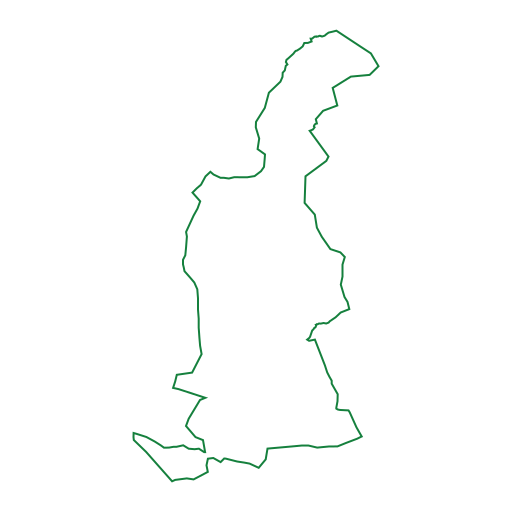 outline of Shelleng, Adamawa, Nigeria
{"feature_id": "59680162B98903295811344", "entity_name": "Shelleng", "entity_type": "district", "adm_level": 2, "iso_a3": "NGA", "parent_name": "Nigeria", "parent_adm1": "Adamawa", "projection": "albers", "projection_center": [12.115, 9.939], "detail": "fine", "context": "isolated", "style": "outline", "palette": "green", "viewbox_px": 512, "rotation_deg": 0, "n_neighbors": 0, "source": "geoboundaries", "source_scale": "gbopen_adm2", "svg_char_len": 2823}
<svg xmlns="http://www.w3.org/2000/svg" viewBox="0 0 512 512"><path d="M244.3,462.6L249.6,463.6L258.7,467.8L265.7,459.4L267.5,448.6L285.7,447.0L294.7,446.2L302.2,445.5L308.3,445.5L317.2,447.6L328.7,446.5L337.5,446.4L345.9,443.0L357.2,438.7L360.6,437.0L361.7,436.5L356.5,427.4L349.7,412.3L348.5,410.4L340.8,410.0L339.6,409.9L337.8,409.5L337.1,409.1L336.3,408.6L336.3,407.8L337.5,401.3L337.7,394.2L331.7,383.7L331.7,380.7L329.5,376.9L327.2,372.4L325.6,367.5L325.0,365.6L314.9,339.6L309.1,340.8L307.2,339.6L309.3,337.9L310.1,336.7L312.2,330.5L313.4,329.4L314.1,328.2L314.6,327.7L315.1,327.6L315.4,327.3L315.7,326.8L315.8,326.7L316.1,325.2L315.9,324.8L316.7,324.6L316.9,324.2L317.5,324.3L319.0,323.5L320.8,323.6L323.6,323.0L326.2,323.5L328.6,322.6L329.7,321.3L335.6,317.3L340.7,312.5L349.3,309.1L347.5,301.9L344.5,297.0L340.8,284.6L340.9,284.2L342.5,276.6L342.5,264.6L344.8,257.0L340.4,252.4L330.4,249.1L321.8,236.8L316.9,227.7L314.8,214.6L304.6,202.9L305.5,176.3L326.3,160.9L328.5,156.6L309.7,130.8L311.6,130.1L313.0,129.4L314.6,127.3L313.9,126.3L314.2,125.3L315.4,123.9L316.9,123.5L315.8,119.2L323.1,110.8L337.3,105.5L332.7,87.9L350.9,76.6L369.6,74.9L372.5,72.1L378.5,66.2L370.9,53.4L360.2,46.4L336.4,30.7L332.5,31.7L328.6,32.6L326.1,34.4L325.2,35.3L324.1,35.9L323.4,36.1L322.5,36.4L322.0,36.5L321.7,36.3L321.3,36.3L321.2,36.3L320.7,35.9L320.3,36.0L319.9,35.9L319.6,35.8L319.2,35.9L318.0,36.5L317.0,36.5L316.6,36.4L316.1,36.8L315.6,36.5L314.5,36.7L313.5,37.5L312.0,38.7L310.7,38.7L311.6,41.5L307.9,42.9L304.3,43.0L302.7,46.4L299.9,48.7L296.9,50.6L295.7,50.9L294.8,51.8L293.4,53.7L288.0,58.6L286.5,59.8L285.9,62.0L287.4,64.5L285.8,65.8L284.8,70.4L282.7,72.7L282.5,76.9L280.4,81.7L268.9,92.7L264.8,107.9L256.0,121.9L255.8,127.3L259.2,138.6L257.6,149.1L265.0,154.4L264.6,159.8L264.0,166.9L261.0,171.2L254.6,176.1L252.0,176.5L247.1,177.3L234.2,177.2L228.9,178.5L224.5,177.9L224.0,177.8L220.5,177.8L213.5,174.5L210.4,171.8L205.5,176.4L201.0,184.7L196.8,188.3L192.5,192.6L200.2,201.3L197.5,208.6L193.6,215.6L186.1,231.9L186.1,232.1L186.9,236.5L186.1,247.0L185.3,255.3L183.0,259.8L183.0,264.4L183.7,267.2L184.5,271.2L189.8,277.2L194.3,282.5L197.3,289.3L198.0,298.3L198.0,308.4L198.0,309.6L198.7,318.7L198.7,326.0L198.7,327.7L199.1,333.3L199.4,337.5L200.1,345.8L201.6,354.1L192.1,372.6L176.8,374.8L175.2,381.4L173.1,387.9L178.5,389.1L205.3,397.8L200.0,400.0L188.7,418.7L186.0,426.0L195.5,437.1L203.0,440.1L205.1,452.1L204.1,452.1L198.9,448.7L194.6,449.2L188.7,448.7L183.2,445.3L176.5,446.8L173.5,446.8L169.0,447.6L164.0,447.7L160.7,445.3L154.7,441.5L146.4,437.0L136.7,433.9L133.6,433.0L133.5,437.1L133.8,440.0L146.1,451.9L172.1,481.3L175.2,479.9L186.8,478.4L193.6,479.4L207.8,471.9L206.5,465.3L207.9,458.7L213.3,458.0L220.6,462.1L224.2,458.5L225.7,458.6L237.1,461.5L244.3,462.6Z" fill="none" stroke="#15803d" stroke-width="2"/></svg>